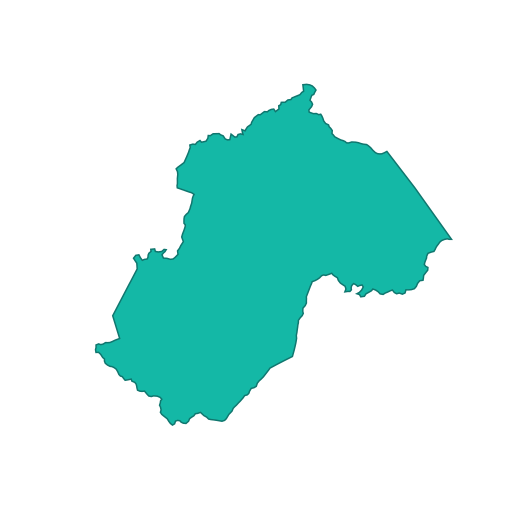 Epitaciolândia, Acre, Brazil, rotated 246°
{"feature_id": "56859067B4079075942971", "entity_name": "Epitaciolândia", "entity_type": "district", "adm_level": 2, "iso_a3": "BRA", "parent_name": "Brazil", "parent_adm1": "Acre", "projection": "robinson", "projection_center": [-68.621, -10.879], "detail": "fine", "context": "isolated", "style": "filled", "palette": "teal", "viewbox_px": 512, "rotation_deg": 246, "n_neighbors": 0, "source": "geoboundaries", "source_scale": "gbopen_adm2", "svg_char_len": 4906}
<svg xmlns="http://www.w3.org/2000/svg" viewBox="0 0 512 512"><g transform="rotate(246 256 256)"><path d="M170.9,354.0L169.2,356.5L169.6,359.0L169.5,361.5L169.6,364.6L169.4,366.8L166.4,367.5L164.3,369.1L163.9,371.8L161.6,374.2L161.6,377.1L164.1,379.2L163.0,381.6L162.1,384.2L161.7,387.4L163.0,390.1L165.2,392.4L166.8,395.5L165.9,398.7L167.7,399.9L170.1,401.3L171.8,404.4L173.2,407.1L175.6,408.4L177.5,406.8L179.8,406.3L181.8,407.9L183.2,409.3L184.7,410.9L186.5,411.9L188.5,414.2L188.3,417.6L187.8,420.4L189.2,422.4L190.5,423.8L191.7,425.6L192.6,427.3L193.9,429.5L194.6,431.9L194.5,435.0L193.9,437.7L192.7,439.2L191.7,441.4L253.8,428.8L298.3,418.1L298.1,415.1L298.2,412.4L299.0,410.4L300.1,408.6L301.9,407.1L304.9,405.8L308.3,404.8L311.0,403.5L312.8,402.4L314.6,399.4L316.1,397.5L317.8,395.7L319.4,393.4L321.2,389.9L321.6,386.6L322.5,384.8L324.4,383.9L326.0,382.5L327.5,380.7L329.9,378.7L332.9,376.4L335.1,375.9L336.9,375.2L339.6,376.7L342.2,376.2L344.3,375.4L346.3,375.6L348.7,373.5L351.8,372.8L354.7,373.1L357.2,373.1L359.2,372.8L359.6,370.8L361.6,369.1L362.7,366.3L364.4,364.5L365.8,363.1L367.9,363.7L368.9,365.6L369.8,367.5L371.6,369.4L374.1,369.4L376.3,368.6L378.4,370.6L380.1,372.3L380.1,374.5L381.4,375.9L383.2,378.3L385.8,377.7L388.4,376.6L390.4,374.8L392.2,372.1L393.4,368.5L387.1,366.5L386.8,364.3L385.5,361.8L385.8,353.3L384.7,351.5L385.6,348.6L384.6,345.2L386.1,341.6L384.2,340.1L384.0,337.9L381.0,336.8L380.0,332.5L383.0,332.0L383.7,329.6L383.7,327.0L383.1,325.0L384.5,322.4L383.3,317.3L384.2,315.6L383.1,310.8L379.9,306.4L378.3,305.1L377.4,300.7L376.2,298.8L374.8,296.9L377.2,294.5L374.1,293.8L372.3,293.6L373.9,291.5L374.3,289.0L372.6,287.0L373.3,285.0L377.5,282.8L372.9,279.4L373.6,277.3L375.4,275.5L379.1,274.9L381.2,272.9L382.8,272.1L385.1,266.5L384.5,263.2L385.5,261.4L383.1,259.9L381.2,257.0L382.1,252.5L384.3,251.8L383.9,248.5L382.6,246.0L383.9,243.8L384.3,240.7L381.8,240.0L379.9,238.1L378.4,236.8L374.9,233.1L370.6,228.3L368.8,220.4L368.1,218.5L365.0,218.6L362.3,217.7L358.8,215.7L356.0,214.5L354.0,213.6L352.4,212.5L350.3,211.8L341.8,220.8L340.1,222.8L337.5,224.5L336.2,222.9L334.7,221.5L332.4,220.0L330.5,218.8L327.8,216.3L326.3,215.2L324.9,213.7L323.2,211.8L322.4,209.2L321.2,206.7L319.3,205.4L317.0,204.3L315.1,203.5L313.3,204.1L311.6,203.2L309.0,200.9L305.9,197.8L303.6,195.9L301.7,195.7L298.7,195.5L296.0,191.4L294.2,189.3L292.6,186.4L289.2,185.4L287.6,181.4L287.0,179.0L287.8,176.4L290.1,173.7L291.7,170.6L295.3,170.6L296.4,172.6L297.0,174.6L298.3,176.5L299.4,174.7L298.5,171.9L299.4,168.4L301.1,165.9L303.7,166.3L304.9,162.6L302.9,162.0L302.1,159.3L300.8,157.9L298.6,156.7L297.5,155.1L298.3,152.7L298.3,150.4L301.4,149.7L304.7,149.5L305.5,146.5L303.8,143.2L300.0,143.8L297.9,144.2L292.5,142.2L283.3,130.6L282.0,128.9L259.7,100.8L236.1,97.9L236.4,93.2L236.3,89.9L236.4,87.3L237.1,85.4L238.1,83.2L237.7,80.6L238.2,78.1L239.7,76.5L239.8,73.7L237.5,72.7L235.7,71.3L233.0,70.6L232.0,73.0L229.4,74.1L225.5,74.7L223.7,75.7L221.6,74.8L219.3,74.7L216.9,75.9L214.6,77.7L213.5,79.5L211.6,81.1L209.4,82.3L206.6,82.6L203.5,82.6L201.5,83.3L200.2,84.8L197.8,85.3L195.7,85.9L195.0,88.6L194.3,91.9L192.2,91.7L189.8,93.9L187.7,94.4L185.8,94.1L183.9,93.6L181.6,93.2L179.7,95.0L178.7,96.8L177.9,99.2L174.3,100.2L171.7,101.1L170.2,103.2L169.9,105.5L168.1,108.8L165.9,110.9L163.5,111.7L162.5,109.9L160.7,108.8L158.9,107.2L156.9,107.3L154.0,106.7L152.1,105.1L149.7,105.5L147.8,106.4L145.5,107.6L143.5,108.7L140.4,109.1L137.8,109.7L135.5,110.9L135.8,113.4L137.9,115.3L137.7,117.5L136.5,119.4L134.7,120.0L132.9,121.5L131.5,123.9L132.5,127.2L134.4,129.2L134.9,131.5L135.3,134.2L136.6,136.5L136.0,138.5L135.7,141.7L133.3,142.7L131.4,143.5L128.9,145.4L126.3,146.4L124.9,148.3L123.7,150.4L122.0,153.1L120.6,155.2L118.9,157.7L118.6,160.5L119.4,162.6L121.0,164.9L122.3,166.7L123.1,168.7L124.0,170.9L126.1,173.2L126.9,175.0L127.7,177.4L128.9,180.1L129.9,182.7L131.7,186.6L133.1,188.8L132.7,191.5L133.4,193.5L135.2,195.2L137.0,197.8L136.5,200.6L136.8,203.2L139.3,205.5L140.7,208.2L141.4,210.5L142.6,213.6L146.7,221.2L147.9,223.2L148.5,231.1L149.0,239.9L149.4,248.4L154.4,252.5L157.8,255.1L160.5,257.1L164.3,259.6L167.0,260.5L169.6,262.3L171.6,263.5L174.1,265.1L176.0,266.2L177.7,267.5L180.0,268.6L181.6,271.3L182.7,273.9L184.3,275.8L186.4,276.2L189.2,277.6L190.7,280.8L192.5,282.9L194.4,283.7L196.6,284.8L198.3,285.4L206.6,293.7L208.1,295.4L209.7,296.9L209.5,299.9L209.7,302.7L210.2,305.2L211.3,307.9L211.2,310.1L209.9,311.8L209.6,315.1L209.4,318.2L207.6,318.6L205.3,319.9L203.1,321.5L200.1,321.3L196.9,322.1L194.0,323.9L192.1,325.1L189.2,324.7L187.1,322.6L186.3,325.5L185.4,327.4L186.3,329.4L188.1,329.9L190.0,331.3L191.1,333.9L189.5,335.3L186.9,336.6L186.9,338.6L186.4,341.1L184.1,341.4L181.9,338.6L180.7,335.6L180.5,332.8L178.6,334.9L176.1,335.1L175.1,338.6L176.7,341.1L177.0,344.5L177.3,347.4L178.3,349.3L176.3,351.4L173.6,353.1L170.9,354.0Z" fill="#14b8a6" stroke="#0f766e" stroke-width="1.5"/></g></svg>